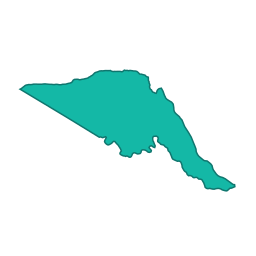 Taquarussu, Mato Grosso do Sul, Brazil, rotated 273°
{"feature_id": "56859067B62944394894072", "entity_name": "Taquarussu", "entity_type": "district", "adm_level": 2, "iso_a3": "BRA", "parent_name": "Brazil", "parent_adm1": "Mato Grosso do Sul", "projection": "mercator", "projection_center": [-53.459, -22.669], "detail": "fine", "context": "isolated", "style": "filled", "palette": "teal", "viewbox_px": 256, "rotation_deg": 273, "n_neighbors": 0, "source": "geoboundaries", "source_scale": "gbopen_adm2", "svg_char_len": 3914}
<svg xmlns="http://www.w3.org/2000/svg" viewBox="0 0 256 256"><g transform="rotate(273 128 128)"><path d="M169.5,159.2L168.9,157.0L168.0,155.9L167.0,155.2L165.8,154.9L164.1,154.3L164.4,152.8L164.9,152.0L165.1,150.9L166.0,150.1L167.3,149.4L167.8,148.4L168.6,147.9L169.5,147.5L170.9,147.3L172.0,147.7L172.9,147.3L174.2,146.7L175.3,146.6L176.1,146.1L176.9,145.8L177.9,145.8L179.8,145.6L180.2,144.1L180.7,143.2L181.7,142.2L182.1,140.1L182.5,138.3L182.4,137.1L182.9,136.3L183.7,135.6L184.3,134.8L185.0,133.8L185.3,132.1L185.2,130.7L185.4,129.4L185.5,128.1L185.6,127.0L185.2,125.5L185.5,124.2L185.3,122.6L185.6,121.3L184.6,120.3L183.8,119.0L184.0,117.9L184.1,116.7L184.0,115.5L183.9,114.0L183.8,112.6L183.8,111.5L183.6,110.5L183.7,109.3L183.9,108.4L184.5,107.5L184.3,106.4L184.2,104.5L184.2,103.0L184.1,102.0L183.7,99.8L183.7,98.4L183.4,96.6L182.7,95.2L182.3,94.2L181.9,93.0L181.3,91.9L179.7,90.5L178.7,89.6L178.3,88.7L177.3,87.5L176.7,86.3L176.0,85.6L175.5,84.5L175.0,82.6L174.5,81.1L174.2,79.4L173.8,78.1L173.6,77.0L174.0,75.7L174.0,74.7L173.9,73.5L173.7,71.9L172.8,70.7L171.8,70.2L170.5,69.3L169.8,67.7L169.4,66.0L168.8,64.3L168.5,63.4L168.4,62.2L168.2,60.2L167.7,58.8L167.6,57.2L167.8,55.8L167.9,54.6L167.8,53.5L167.5,52.1L167.5,50.8L167.6,49.3L167.5,47.6L167.6,44.7L167.7,42.9L167.5,41.1L167.2,39.6L167.1,38.0L167.0,36.1L167.0,34.9L167.0,33.7L166.9,32.3L166.8,31.1L166.4,29.8L166.2,28.4L166.2,26.5L165.8,25.3L165.6,24.1L164.9,22.9L164.1,22.1L163.3,21.1L162.5,20.2L161.7,19.3L161.1,18.2L135.5,66.3L117.3,99.8L117.7,101.2L117.3,102.2L117.0,103.2L117.6,104.7L118.1,106.2L117.3,106.8L116.3,106.4L115.4,106.0L114.4,105.5L113.2,105.3L112.1,105.9L111.0,107.0L110.2,108.3L110.1,109.3L110.5,110.3L111.0,111.1L111.9,112.5L113.3,113.6L113.9,114.3L113.8,115.6L113.0,116.3L111.9,117.3L111.3,118.0L110.2,119.2L108.9,120.1L107.5,121.1L106.2,121.9L104.6,122.5L103.1,121.5L101.8,121.3L101.0,122.2L100.3,123.7L99.9,124.8L99.9,126.0L99.5,127.0L100.0,128.3L99.7,129.4L99.0,130.5L98.9,131.6L99.6,132.7L100.9,133.3L102.4,133.8L103.3,134.7L103.6,135.6L103.4,136.8L102.9,137.9L102.6,138.9L102.8,140.2L103.2,141.5L104.2,142.2L105.3,142.4L106.3,142.6L107.0,143.7L107.0,145.3L106.6,146.8L106.0,148.0L105.3,148.7L104.9,149.6L104.8,150.8L105.4,152.2L106.7,152.5L107.8,151.7L108.7,150.6L109.7,150.0L111.0,150.9L111.5,152.1L110.9,153.4L110.3,154.2L109.9,155.7L111.5,156.1L113.1,155.3L114.7,154.6L115.8,154.1L116.5,153.6L117.8,153.3L119.2,153.2L120.1,153.3L121.0,154.1L121.2,155.6L121.4,156.8L120.6,158.2L119.3,158.7L118.3,158.6L117.4,158.3L116.0,158.4L115.3,159.3L114.6,160.5L113.5,161.5L113.1,162.9L112.9,164.5L111.2,166.2L110.5,167.5L109.9,168.6L108.8,168.9L107.4,169.3L106.2,170.7L105.1,171.5L104.1,171.9L102.2,172.8L100.5,173.5L99.3,174.3L98.5,176.1L97.9,177.7L97.4,179.1L97.6,180.2L97.5,181.5L96.7,182.5L95.6,183.1L94.6,183.5L93.1,184.0L91.9,184.1L91.1,184.5L89.7,185.4L88.6,186.1L87.6,187.1L86.9,188.4L85.8,189.1L84.6,189.6L83.5,191.0L83.8,192.5L83.4,194.0L82.8,194.9L82.1,195.5L81.8,196.5L82.1,197.7L82.3,198.7L82.1,199.7L80.7,201.3L80.7,203.1L80.3,204.4L79.3,205.1L78.2,205.8L77.2,206.5L75.5,207.2L74.3,207.7L72.9,208.1L71.9,209.4L71.6,210.6L71.7,211.7L72.0,212.8L71.7,214.1L71.5,215.3L71.4,216.2L71.5,217.6L72.0,218.9L72.4,221.0L72.4,222.1L72.0,223.8L71.2,225.2L70.8,226.7L70.4,228.6L70.4,230.0L71.0,230.8L72.1,231.9L73.2,233.0L73.4,234.6L75.0,237.8L77.0,237.4L77.0,236.2L77.6,235.1L78.8,233.3L82.3,227.9L83.5,225.2L84.1,222.4L85.1,220.3L86.6,218.6L90.6,215.4L92.1,214.7L94.8,213.9L96.2,212.8L96.9,212.0L99.2,208.8L99.3,206.6L99.6,205.4L103.4,200.3L104.9,199.0L107.0,197.8L108.2,197.3L110.5,197.0L113.0,195.9L113.9,195.5L116.6,194.2L122.2,191.6L126.3,188.9L132.4,184.5L138.8,181.5L140.9,179.4L141.9,178.8L144.5,175.5L145.4,174.5L146.5,173.6L148.2,172.9L150.9,172.6L154.2,171.9L156.1,170.2L157.1,168.2L158.7,165.3L160.0,164.0L161.2,163.5L162.3,162.8L166.6,161.0L169.5,159.2Z" fill="#14b8a6" stroke="#0f766e" stroke-width="1.5"/></g></svg>